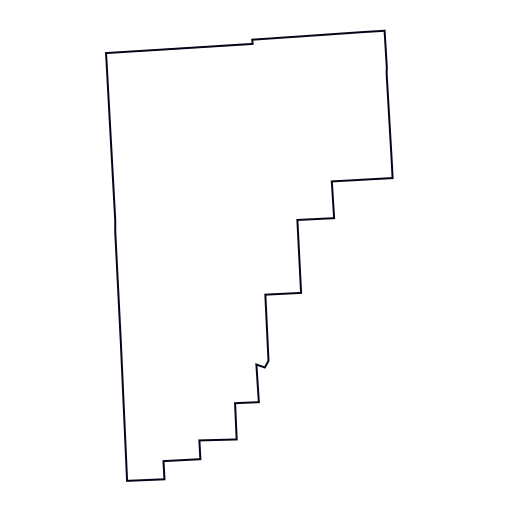 the district of Washakie, Wyoming, United States of America, rotated 267°
{"feature_id": "52423323B98005651904481", "entity_name": "Washakie", "entity_type": "district", "adm_level": 2, "iso_a3": "USA", "parent_name": "United States of America", "parent_adm1": "Wyoming", "projection": "orthographic", "projection_center": [-107.8, 43.834], "detail": "fine", "context": "isolated", "style": "outline", "palette": "ink", "viewbox_px": 512, "rotation_deg": 267, "n_neighbors": 0, "source": "geoboundaries", "source_scale": "gbopen_adm2", "svg_char_len": 520}
<svg xmlns="http://www.w3.org/2000/svg" viewBox="0 0 512 512"><g transform="rotate(267 256 256)"><path d="M474.2,396.2L474.0,373.0L472.2,263.6L468.0,263.7L466.5,116.8L461.0,116.9L298.9,117.3L287.8,116.7L176.7,116.5L38.2,115.5L37.8,152.9L56.0,152.9L56.0,189.8L74.8,189.8L73.8,227.1L110.1,227.4L109.9,251.2L147.6,250.7L144.2,259.0L150.7,263.0L216.9,263.3L216.8,299.1L289.8,299.2L289.7,336.0L326.5,335.6L326.7,396.5L345.0,396.5L431.6,396.0L437.7,396.5L474.2,396.2Z" fill="none" stroke="#020617" stroke-width="2"/></g></svg>